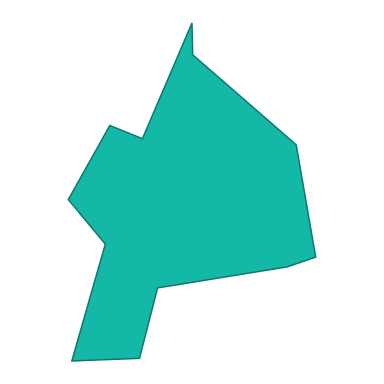 the district of Harrisonburg, Virginia, United States of America
{"feature_id": "52423323B43531707652669", "entity_name": "Harrisonburg", "entity_type": "district", "adm_level": 2, "iso_a3": "USA", "parent_name": "United States of America", "parent_adm1": "Virginia", "projection": "robinson", "projection_center": [-78.881, 38.44], "detail": "fine", "context": "isolated", "style": "filled", "palette": "teal", "viewbox_px": 384, "rotation_deg": 0, "n_neighbors": 0, "source": "geoboundaries", "source_scale": "gbopen_adm2", "svg_char_len": 283}
<svg xmlns="http://www.w3.org/2000/svg" viewBox="0 0 384 384"><path d="M68.3,199.6L105.3,244.1L71.8,361.0L139.5,358.3L157.6,287.9L287.4,266.8L315.7,257.1L296.2,144.8L192.7,54.8L192.0,23.0L142.4,138.7L109.8,125.5L68.3,199.6Z" fill="#14b8a6" stroke="#0f766e" stroke-width="1.5"/></svg>